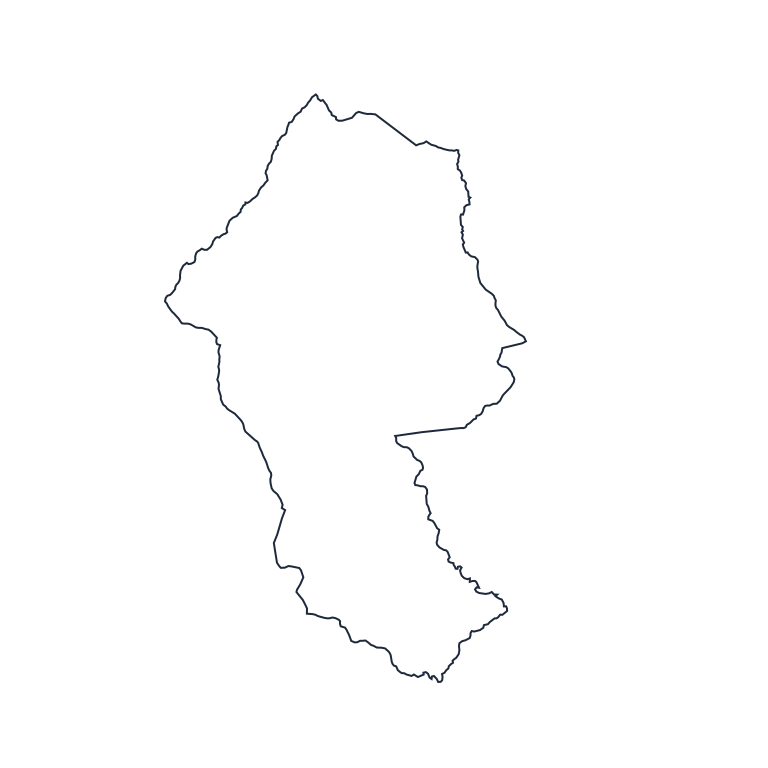 outline of Bandeirantes, Mato Grosso do Sul, Brazil, rotated 234°
{"feature_id": "56859067B62284650364445", "entity_name": "Bandeirantes", "entity_type": "district", "adm_level": 2, "iso_a3": "BRA", "parent_name": "Brazil", "parent_adm1": "Mato Grosso do Sul", "projection": "albers", "projection_center": [-54.325, -19.824], "detail": "fine", "context": "isolated", "style": "outline", "palette": "slate", "viewbox_px": 768, "rotation_deg": 234, "n_neighbors": 0, "source": "geoboundaries", "source_scale": "gbopen_adm2", "svg_char_len": 6166}
<svg xmlns="http://www.w3.org/2000/svg" viewBox="0 0 768 768"><g transform="rotate(234 384 384)"><path d="M320.1,201.4L302.4,192.4L298.7,192.2L296.0,192.4L293.7,195.8L292.9,199.7L290.3,202.4L284.9,207.3L281.9,207.3L275.0,205.1L271.1,198.4L268.7,192.7L267.2,190.9L257.0,191.4L251.3,190.5L247.7,189.8L243.5,186.6L239.8,191.0L237.6,192.9L235.7,193.8L233.7,195.2L229.4,198.7L227.5,200.7L226.4,202.4L225.5,204.9L223.3,207.0L220.0,208.8L218.0,209.1L215.8,207.4L213.4,206.6L209.8,209.3L207.3,209.2L201.8,208.3L195.4,206.5L192.2,208.4L190.8,210.6L190.3,213.7L188.8,215.8L187.4,218.2L184.5,219.2L180.4,220.2L178.3,221.7L175.1,223.2L172.0,227.1L169.4,229.5L164.6,230.5L162.6,230.4L160.7,230.0L154.5,226.9L152.4,226.4L150.3,226.5L148.4,227.9L144.4,227.0L141.6,227.7L139.7,228.4L138.2,230.3L135.8,231.4L131.6,234.7L131.4,237.4L127.0,239.2L125.6,245.3L127.3,246.2L126.3,248.5L123.7,249.3L119.6,248.3L117.4,249.1L119.2,250.8L118.4,252.8L114.3,253.3L111.1,252.7L109.7,254.9L110.2,257.0L112.6,259.2L115.3,260.5L114.8,263.1L115.9,266.3L116.0,268.8L117.6,270.6L118.0,273.5L117.9,276.0L119.8,276.8L120.1,279.3L120.0,281.3L121.5,285.6L124.3,288.5L128.0,290.7L130.0,292.7L130.0,296.1L128.8,299.3L128.1,304.0L129.6,306.1L131.6,307.6L132.6,309.7L130.7,311.5L128.5,317.0L128.4,321.0L130.2,323.1L128.6,326.9L129.2,329.5L129.4,335.6L128.3,337.3L128.2,339.3L129.1,342.4L127.7,344.1L128.0,350.2L130.2,351.6L132.4,352.1L133.6,350.3L136.5,352.0L140.4,352.6L142.4,351.2L144.6,350.2L146.9,349.5L147.1,351.7L149.0,349.3L152.4,348.9L153.0,345.6L154.6,342.6L158.9,338.2L161.7,336.7L164.3,336.9L165.1,339.4L163.3,341.1L169.3,342.3L171.2,341.9L172.6,339.8L173.5,337.1L176.2,339.2L176.9,336.9L179.7,334.8L183.1,334.2L186.1,334.9L188.6,336.1L189.9,338.9L191.7,338.4L192.7,336.4L191.3,334.8L192.5,333.4L194.6,334.0L196.6,334.0L198.3,334.9L200.3,333.0L202.4,331.9L204.4,332.7L205.2,335.3L210.7,336.8L212.9,336.5L214.6,334.9L219.2,332.8L222.7,332.5L224.9,333.4L226.4,335.4L229.3,337.8L231.3,340.7L233.6,343.0L236.0,342.2L241.8,343.0L244.6,342.9L248.5,340.3L250.5,341.8L251.4,343.6L252.1,345.8L254.6,346.2L258.6,347.7L261.9,348.1L268.7,352.3L270.2,354.7L273.3,356.7L276.5,356.8L278.2,355.6L280.0,353.3L282.3,351.6L283.8,349.9L286.0,350.5L290.0,355.7L290.7,359.4L292.4,362.3L292.0,364.7L293.2,366.3L295.6,367.4L298.7,368.1L301.1,367.5L303.0,366.2L308.0,365.3L310.7,366.3L313.6,366.9L317.3,366.4L319.3,365.4L321.3,362.9L323.5,361.6L328.5,359.9L330.7,360.3L333.1,362.1L335.4,362.5L322.9,386.1L305.5,416.4L302.8,420.9L301.6,422.3L301.0,424.6L302.3,427.1L301.9,430.5L302.7,435.6L302.0,438.1L303.9,440.2L302.8,442.7L302.7,445.0L303.9,447.8L305.9,450.3L306.8,452.9L306.0,454.8L304.6,456.5L303.7,460.7L301.8,463.6L302.3,468.0L304.8,473.1L305.3,474.9L307.0,484.5L309.2,490.0L311.2,492.2L313.0,492.9L315.0,492.8L317.2,493.6L319.1,493.9L323.6,493.7L325.8,492.8L328.8,489.9L332.9,488.4L335.4,489.0L336.6,491.6L338.0,494.0L339.4,495.4L340.2,497.4L343.5,500.8L335.7,519.7L335.1,523.9L339.5,524.8L341.7,524.2L344.1,523.0L348.3,521.7L351.1,521.1L356.5,518.8L359.3,518.1L364.4,518.8L369.6,518.5L376.9,519.7L379.6,519.5L382.0,520.3L384.0,521.8L385.9,523.6L388.7,524.0L390.8,524.7L393.8,524.2L400.4,521.8L409.0,521.3L415.2,523.4L419.5,526.0L422.3,527.4L424.4,528.7L427.9,532.2L429.7,532.7L433.2,532.1L436.0,529.6L438.9,528.8L441.3,529.0L442.2,527.4L448.2,528.8L450.6,529.8L451.2,531.9L456.0,532.8L458.5,535.6L461.2,535.9L461.3,537.9L463.1,538.1L464.7,540.0L467.5,539.8L474.6,544.2L475.9,546.1L474.6,547.5L477.3,551.2L479.8,552.8L480.2,555.8L479.0,558.8L481.1,560.1L483.6,561.1L484.1,563.4L485.7,562.4L490.3,565.3L493.4,565.1L496.2,566.1L498.3,568.4L501.5,568.4L503.1,567.1L505.4,567.8L506.7,569.8L509.8,570.7L511.9,570.9L514.5,570.0L516.6,571.6L519.0,572.4L520.1,574.9L521.8,575.7L524.8,579.5L527.5,579.9L529.3,581.4L530.7,580.2L531.4,577.8L533.0,576.3L534.8,574.0L538.7,570.6L542.1,568.3L543.6,566.8L546.0,565.9L549.9,562.8L555.4,560.8L555.6,557.6L557.3,553.8L558.2,550.3L607.2,535.5L610.6,531.7L612.0,529.5L614.8,526.8L619.0,523.6L619.6,520.7L618.2,514.6L621.5,505.1L623.7,501.9L626.2,500.8L628.2,502.0L632.3,499.8L634.7,500.9L637.7,500.3L643.4,501.6L649.7,501.4L650.2,499.2L653.8,498.2L656.0,499.3L658.3,499.0L658.3,494.3L656.8,490.8L656.3,488.2L655.0,485.3L654.5,482.4L655.0,479.6L653.3,476.6L653.5,473.6L653.0,468.9L651.4,466.4L650.3,463.4L651.2,460.7L649.9,459.1L648.8,457.1L644.5,452.4L643.9,450.1L644.5,447.4L643.9,444.8L643.0,443.0L642.4,440.1L639.7,438.7L639.6,436.6L637.8,434.9L637.3,432.1L634.6,427.4L632.3,425.6L630.3,423.1L629.9,420.7L628.9,418.2L626.8,416.2L625.7,413.7L624.0,412.0L622.0,411.8L617.2,409.6L616.6,406.3L615.5,403.1L615.3,400.2L613.9,396.5L612.2,394.4L611.1,392.2L610.8,389.0L611.0,386.6L610.5,382.9L610.7,380.0L612.3,378.6L610.8,377.3L611.1,375.0L609.8,372.7L609.4,370.8L607.5,369.1L607.3,366.7L606.4,363.7L607.4,359.3L606.9,355.0L602.6,348.3L600.9,347.1L599.0,346.4L598.8,344.2L599.5,342.3L599.7,339.4L599.3,336.8L600.8,335.5L601.2,333.6L599.8,329.5L598.1,327.3L596.8,324.1L596.6,319.7L598.2,317.5L600.6,316.1L600.5,313.6L600.8,311.1L600.3,309.1L599.2,307.5L597.5,305.7L595.8,304.7L594.1,302.4L594.6,298.9L595.9,296.3L597.9,295.8L597.7,291.1L595.1,285.9L591.9,282.9L589.6,281.4L587.8,279.2L586.7,276.7L586.4,274.5L585.3,272.4L583.5,270.7L582.2,266.1L581.8,263.5L582.7,260.5L581.9,258.0L579.6,255.4L576.8,255.6L573.6,255.0L567.3,255.0L564.6,255.5L557.5,256.3L554.6,256.1L552.0,256.1L550.4,257.7L547.9,261.1L545.7,262.7L540.3,265.1L538.4,267.0L536.5,269.6L533.0,272.2L531.1,274.0L527.9,275.0L519.7,276.0L518.2,274.3L516.3,272.9L514.4,272.4L511.7,274.3L508.6,270.0L506.5,268.5L503.5,267.5L501.9,266.4L500.5,265.0L498.8,264.0L495.2,260.0L492.9,259.2L491.3,258.2L487.6,254.4L485.4,251.6L482.5,251.1L480.4,250.1L477.4,247.3L470.2,244.9L467.5,243.0L461.9,241.8L458.5,242.7L456.3,242.6L453.9,243.3L447.5,245.9L439.1,246.9L436.5,246.9L434.2,246.5L429.4,244.4L427.0,243.9L414.2,246.7L412.2,247.5L410.4,247.6L405.7,246.1L399.7,244.9L397.7,244.2L390.2,242.9L383.8,240.8L381.2,240.3L378.5,240.3L376.3,239.1L373.6,235.9L370.4,233.9L365.6,231.8L362.4,231.7L357.6,232.9L351.2,232.4L345.9,231.0L343.7,228.4L340.1,229.9L335.3,222.5L325.0,209.2L320.1,201.4Z" fill="none" stroke="#1e293b" stroke-width="2"/></g></svg>